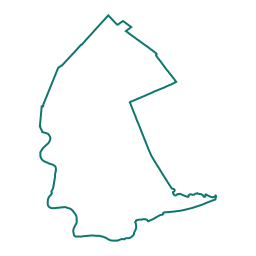 the district of Floresti-Stoenesti, Giurgiu, Romania
{"feature_id": "2599482B22375380524823", "entity_name": "Floresti-Stoenesti", "entity_type": "district", "adm_level": 2, "iso_a3": "ROU", "parent_name": "Romania", "parent_adm1": "Giurgiu", "projection": "equal_earth", "projection_center": [25.713, 44.497], "detail": "fine", "context": "isolated", "style": "outline", "palette": "teal", "viewbox_px": 256, "rotation_deg": 0, "n_neighbors": 0, "source": "geoboundaries", "source_scale": "gbopen_adm2", "svg_char_len": 5702}
<svg xmlns="http://www.w3.org/2000/svg" viewBox="0 0 256 256"><path d="M215.3,199.5L215.6,198.4L216.1,196.1L215.7,195.6L214.5,196.7L213.7,197.0L212.6,197.4L211.3,197.0L208.6,195.9L206.2,194.5L205.8,194.4L205.5,194.6L205.3,195.0L205.5,195.7L205.3,196.3L204.7,196.8L204.2,196.9L203.9,196.7L203.6,196.5L203.2,195.7L202.3,194.9L201.3,194.3L200.2,194.0L199.1,193.9L198.7,193.8L198.1,193.8L197.9,193.7L197.7,193.4L197.4,193.2L197.1,193.3L196.3,193.7L195.4,193.7L195.1,193.9L194.7,194.3L194.0,194.7L193.2,194.8L192.4,194.8L190.8,194.3L190.0,194.3L188.8,195.1L188.6,195.6L188.6,196.0L188.4,196.7L188.0,196.8L186.9,196.7L184.3,195.7L182.6,195.0L181.5,194.4L180.0,193.9L179.4,193.9L178.8,194.1L178.4,194.3L178.0,194.0L177.1,194.4L176.3,195.2L175.6,195.5L175.0,195.4L174.6,195.2L173.9,194.6L173.3,193.7L173.0,192.9L172.9,192.4L172.9,192.2L173.1,192.0L173.5,191.9L174.1,191.5L174.3,191.3L174.5,191.0L174.6,190.7L174.7,190.4L174.6,189.9L174.5,189.7L174.4,189.5L174.2,189.3L173.7,189.0L173.1,188.8L172.7,188.7L171.7,188.5L171.6,188.4L171.5,188.1L170.9,187.2L168.2,183.0L161.6,172.5L158.8,167.9L157.7,166.3L151.3,155.7L151.2,155.4L148.0,148.1L147.8,147.5L138.1,123.0L137.8,122.4L137.7,122.1L137.3,121.3L136.4,119.0L136.0,117.8L135.6,117.0L135.3,116.0L134.0,112.8L133.6,111.8L133.1,110.6L132.4,108.7L131.8,107.3L131.6,106.7L131.3,105.9L130.0,102.7L129.8,102.4L129.8,102.2L131.8,101.3L142.4,96.8L144.8,95.8L146.7,94.9L148.7,94.1L152.4,92.5L152.9,92.2L153.2,92.0L155.0,91.2L156.6,90.6L158.8,89.7L161.9,88.4L163.4,87.9L165.9,86.7L168.1,85.7L168.6,85.4L170.1,84.9L170.7,84.7L174.0,82.9L175.0,82.5L176.2,81.9L173.4,78.1L172.6,77.1L169.1,72.7L168.5,71.8L168.2,71.5L167.5,70.7L167.4,70.6L166.8,69.9L163.1,64.9L160.2,61.0L159.1,59.6L158.8,59.1L158.5,58.8L157.9,58.2L157.4,57.4L156.4,55.9L156.2,55.7L156.0,55.4L156.0,55.1L156.2,54.7L156.5,54.3L156.6,54.2L156.5,53.9L156.5,53.7L156.2,53.4L155.8,53.1L155.4,52.8L154.8,52.3L151.7,49.9L151.0,49.5L150.5,49.1L149.3,48.1L148.5,47.5L147.9,47.0L147.2,46.6L146.4,46.0L146.0,45.7L144.8,44.9L144.3,44.5L143.5,44.0L143.0,43.6L141.5,42.5L141.0,42.2L140.6,41.8L140.2,41.5L139.7,41.1L138.6,40.4L137.9,39.9L137.5,39.7L136.9,39.2L134.1,37.1L133.6,36.8L133.0,36.3L132.2,35.8L131.1,34.9L130.7,34.7L130.2,34.4L129.3,33.6L128.6,33.1L127.8,32.5L127.4,32.2L127.0,31.9L125.9,31.1L131.2,27.1L127.6,24.4L124.2,21.8L123.3,21.2L123.1,21.2L122.9,21.1L122.8,21.3L122.5,21.4L122.1,21.7L121.3,22.2L119.6,23.3L118.4,24.3L117.4,24.7L117.2,24.7L113.6,21.0L111.9,19.3L111.6,18.8L110.8,18.0L109.9,17.1L108.3,15.4L97.2,27.5L92.2,33.1L91.3,34.1L86.5,39.3L81.7,44.8L81.0,44.8L76.1,50.3L72.7,53.9L69.2,57.7L66.8,60.2L65.0,62.2L62.5,64.9L62.0,65.5L61.5,65.5L61.3,65.6L60.7,66.2L60.5,66.4L59.9,66.6L58.2,67.8L43.2,104.8L43.2,106.3L41.7,106.3L39.9,126.3L40.2,126.3L40.5,128.0L42.2,131.3L42.2,132.0L47.6,133.6L48.1,134.0L48.6,134.5L49.1,135.1L49.4,135.7L50.0,136.6L50.1,136.9L50.2,137.3L50.3,138.2L50.4,138.5L50.3,139.0L50.2,139.7L49.9,140.5L49.5,141.2L49.3,141.8L48.6,142.8L48.3,143.2L47.7,143.8L45.9,145.3L45.1,146.1L43.4,147.8L42.3,149.1L41.8,149.9L40.8,151.4L40.6,151.8L40.4,152.4L40.3,152.9L40.3,153.4L40.4,154.3L40.4,155.9L40.4,156.3L40.8,157.4L41.3,158.4L41.6,159.1L42.4,160.0L43.0,160.5L44.2,161.3L45.3,161.8L47.4,162.7L49.0,163.5L50.2,163.9L51.5,164.3L53.0,164.8L54.3,165.6L54.9,166.0L55.4,166.7L55.7,167.5L55.9,169.4L55.9,170.5L55.9,170.8L55.5,172.0L55.5,172.4L55.2,173.6L55.1,174.0L55.0,174.9L55.1,175.8L55.1,176.4L55.0,177.1L54.7,178.6L54.4,180.9L54.0,182.7L53.9,183.8L53.7,184.5L53.7,184.8L53.5,185.9L53.3,186.8L53.3,187.1L53.1,187.8L53.0,188.3L52.7,189.0L52.3,189.9L51.7,191.0L51.5,191.4L51.4,191.7L51.4,191.9L51.5,192.2L51.5,192.5L51.8,192.9L51.9,193.1L51.9,193.3L51.8,193.5L51.5,194.0L51.1,194.6L50.7,195.0L50.2,195.6L49.9,195.9L49.6,196.1L49.4,196.4L48.8,197.3L48.6,197.6L48.6,197.8L48.0,199.4L47.9,199.7L47.9,200.4L47.8,200.7L47.8,201.1L47.7,201.5L47.7,202.6L47.7,203.6L47.8,204.8L47.9,205.1L48.0,205.4L48.3,205.8L48.6,206.3L48.9,206.7L49.3,207.0L49.7,207.4L50.3,207.6L50.7,207.8L51.1,208.0L51.3,208.1L51.9,208.1L53.0,208.2L53.5,208.1L53.9,208.2L54.5,208.2L54.8,208.2L55.8,208.0L56.9,207.8L57.0,207.8L57.3,207.8L58.5,207.7L58.9,207.7L59.1,207.6L59.5,207.7L59.8,207.6L60.5,207.5L63.8,207.2L64.2,207.1L64.7,207.2L65.3,207.2L65.8,207.2L66.2,207.3L67.5,207.9L69.1,208.3L70.3,208.8L71.3,209.4L71.8,209.8L72.3,210.3L72.8,210.8L75.0,213.8L75.7,214.9L76.2,215.7L76.3,216.1L76.5,216.8L76.6,218.2L76.7,219.5L76.7,221.3L76.7,222.1L76.5,222.9L76.1,223.8L74.0,227.7L73.3,230.1L73.3,231.5L73.9,234.7L74.2,235.5L74.5,235.9L75.1,236.2L75.7,236.5L76.3,236.6L77.2,236.6L78.1,236.5L80.8,236.6L83.9,236.2L91.3,235.5L93.0,235.5L96.2,235.8L99.3,235.8L103.9,237.0L105.9,237.9L109.0,239.7L110.4,240.3L112.3,240.6L117.5,240.6L120.0,239.7L121.9,239.0L124.4,239.3L125.5,238.4L126.6,238.1L127.9,238.2L129.5,238.0L131.2,237.2L132.5,236.0L133.6,234.9L133.9,234.4L134.0,233.2L134.3,232.2L135.2,230.5L135.7,229.5L136.0,228.3L136.2,227.2L136.2,226.1L136.0,225.1L135.9,223.9L135.2,222.1L135.5,221.9L135.8,221.6L136.0,221.0L136.0,220.6L136.5,220.4L136.7,220.2L136.9,220.1L138.0,219.9L138.5,219.8L138.8,219.7L139.7,219.7L140.2,219.6L140.9,219.6L141.4,219.6L142.6,219.4L143.3,219.2L143.6,219.2L144.1,219.2L144.8,219.3L145.4,219.2L145.5,219.2L145.9,219.4L147.1,219.9L148.1,221.3L149.3,220.7L151.3,219.9L153.9,218.7L155.5,217.7L157.4,216.6L158.7,215.8L159.7,215.4L160.9,214.9L162.6,214.6L163.1,214.1L163.0,213.6L163.0,213.4L163.3,212.9L163.5,212.8L163.7,212.6L164.0,212.5L164.2,212.4L165.9,212.3L170.4,211.9L173.2,211.6L174.6,211.5L176.4,211.2L179.0,210.9L182.8,210.3L183.5,210.1L189.7,208.6L192.0,208.0L193.1,207.7L196.6,206.5L201.8,204.8L204.0,203.9L208.5,202.0L212.3,200.6L215.3,199.5Z" fill="none" stroke="#0f766e" stroke-width="2"/></svg>